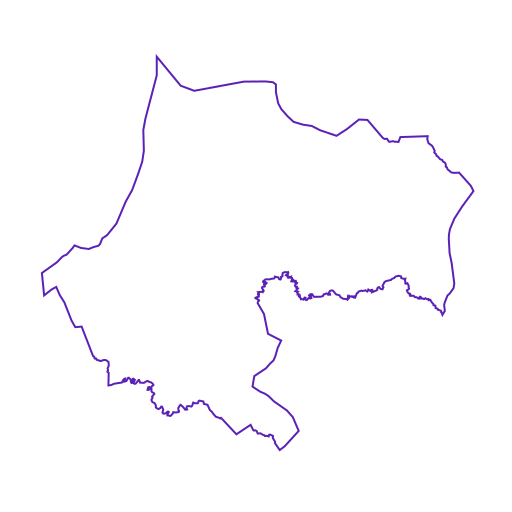 the district of Bunza, Kebbi, Nigeria, rotated 94°
{"feature_id": "59680162B46976557303871", "entity_name": "Bunza", "entity_type": "district", "adm_level": 2, "iso_a3": "NGA", "parent_name": "Nigeria", "parent_adm1": "Kebbi", "projection": "orthographic", "projection_center": [4.015, 12.213], "detail": "fine", "context": "isolated", "style": "outline", "palette": "violet", "viewbox_px": 512, "rotation_deg": 94, "n_neighbors": 0, "source": "geoboundaries", "source_scale": "gbopen_adm2", "svg_char_len": 6071}
<svg xmlns="http://www.w3.org/2000/svg" viewBox="0 0 512 512"><g transform="rotate(94 256 256)"><path d="M287.9,468.4L310.1,464.6L303.5,457.4L300.8,453.1L308.4,449.2L315.7,443.9L333.3,435.5L339.6,431.3L338.6,425.0L367.1,411.6L367.7,410.4L369.2,410.0L369.6,409.5L369.4,408.5L369.6,408.1L370.6,407.7L371.0,406.8L371.0,405.7L371.7,403.9L370.3,400.4L370.3,399.2L370.5,398.0L372.0,395.7L375.7,395.2L378.4,396.2L380.3,395.6L381.8,396.2L382.8,394.8L395.4,394.2L394.9,391.6L393.3,388.6L391.6,381.0L388.6,379.6L387.5,378.5L387.4,378.0L388.7,378.3L389.8,379.1L390.6,379.2L390.6,378.6L389.6,376.5L386.4,375.0L386.3,374.5L387.7,372.6L390.9,371.8L391.4,371.1L391.2,370.4L387.2,370.4L386.9,369.9L388.0,368.2L391.1,369.3L391.8,368.7L392.0,367.9L391.6,367.0L387.9,364.5L387.9,363.9L390.4,362.9L390.4,359.0L388.4,356.2L388.3,355.0L388.9,354.1L389.4,351.9L390.2,350.6L391.5,349.4L392.1,349.4L392.9,350.6L394.4,351.4L394.5,352.3L394.1,353.1L394.5,354.4L397.1,354.9L397.2,354.2L396.0,352.2L395.9,351.0L398.4,350.8L399.2,350.0L399.8,348.4L400.8,347.8L403.5,349.9L404.7,349.3L406.7,350.3L407.6,350.0L409.0,349.1L409.8,346.9L412.0,345.5L414.1,345.3L414.8,344.4L415.5,342.5L414.4,340.9L412.8,340.0L412.9,339.2L415.8,337.8L418.7,338.4L419.6,337.7L419.7,336.6L418.9,334.6L417.6,333.6L417.3,332.8L417.7,332.1L420.5,333.4L421.2,333.3L421.1,332.4L421.6,330.6L421.3,329.9L419.1,328.1L417.6,327.7L417.7,324.9L417.0,322.2L416.1,321.9L415.1,322.6L413.2,323.0L410.5,321.6L409.7,320.9L411.8,318.1L414.2,316.0L414.2,315.0L413.9,314.0L412.4,314.8L410.8,314.4L410.4,312.4L410.7,310.0L409.8,309.2L406.6,308.4L407.2,306.6L407.0,304.1L406.4,303.4L404.9,303.3L404.2,302.4L404.8,298.3L407.2,297.6L407.8,294.0L413.0,291.2L414.2,289.4L417.0,287.1L419.3,284.6L419.9,281.6L420.6,280.5L419.9,279.6L435.2,263.1L424.8,249.6L429.8,246.7L430.3,246.0L429.9,244.4L430.6,243.1L433.0,241.9L432.6,239.1L433.9,236.7L434.2,235.2L435.0,234.4L434.7,233.0L435.1,230.8L434.1,230.8L433.3,230.3L433.2,229.5L434.3,226.5L436.4,226.5L440.0,224.0L441.4,224.0L447.9,218.8L443.8,214.1L427.5,201.2L414.2,208.0L408.0,214.3L399.7,228.0L394.7,233.9L392.7,237.6L391.1,242.3L386.5,250.4L375.9,249.3L367.4,238.3L362.3,234.4L359.0,231.3L354.9,229.8L346.4,228.0L338.6,225.0L332.8,238.6L313.3,244.0L302.8,251.1L301.1,250.7L300.3,249.8L299.8,250.0L299.0,251.8L297.7,251.9L298.2,253.5L297.8,253.7L296.7,251.8L296.4,250.4L295.3,250.5L294.3,251.4L293.8,251.3L294.0,250.4L292.8,250.4L291.9,251.3L291.3,248.1L291.6,246.8L290.1,246.6L290.3,246.0L290.0,245.9L287.5,247.8L286.7,247.7L286.1,246.7L285.9,245.2L285.4,245.0L283.8,246.1L283.3,246.0L283.3,244.3L282.2,243.5L281.3,244.8L281.8,245.8L281.6,246.9L281.0,247.2L280.5,246.9L278.6,244.8L278.3,240.6L277.6,238.8L277.2,236.4L276.0,235.6L275.3,235.7L275.8,232.1L277.3,231.5L277.8,230.2L277.4,229.7L275.1,229.5L274.6,228.4L274.0,228.1L273.0,228.4L270.9,228.0L269.9,225.6L270.3,224.5L269.7,222.9L270.4,222.6L272.2,223.0L272.7,224.5L273.2,224.8L274.0,222.5L274.7,222.9L275.5,222.3L274.2,219.7L275.3,219.9L275.4,218.5L276.7,218.0L277.3,217.1L277.4,218.6L278.8,219.0L278.9,217.2L278.0,216.8L278.6,216.1L278.0,214.6L278.4,214.4L279.3,214.9L280.0,213.2L280.7,213.5L280.7,214.7L281.8,214.6L282.7,215.1L283.8,214.4L283.8,213.1L285.0,213.4L285.4,211.9L288.3,214.2L288.6,212.0L289.1,212.6L289.8,212.4L290.5,211.4L291.4,211.7L291.3,210.8L292.7,210.5L292.2,209.6L293.1,209.3L293.9,209.7L294.8,208.6L296.0,208.2L295.8,206.6L296.2,205.5L294.1,204.7L294.2,203.7L295.5,204.0L296.5,202.8L296.4,202.3L293.2,199.8L293.5,199.2L294.5,199.2L294.5,198.6L294.0,197.8L292.5,198.6L291.2,198.0L291.8,199.6L291.5,200.2L290.7,199.6L290.2,198.7L290.2,197.4L292.7,195.3L292.1,188.4L291.2,186.4L289.5,185.8L289.5,185.0L288.4,183.3L288.6,182.2L289.6,181.4L289.4,179.4L288.4,179.7L288.1,180.3L287.4,180.6L286.6,180.3L285.6,179.7L285.0,178.1L285.3,176.7L288.7,173.4L289.4,170.0L291.1,168.9L291.9,167.5L292.6,166.0L292.6,162.7L293.3,161.8L291.4,160.3L290.8,160.8L290.7,161.4L289.1,161.3L289.1,160.5L290.2,159.8L289.5,158.2L290.1,157.3L290.2,156.1L289.5,156.3L289.4,155.3L290.6,155.2L290.7,154.2L286.2,152.8L285.4,151.7L284.3,151.2L283.2,148.5L283.5,147.2L282.6,144.2L283.7,142.5L282.9,141.9L281.6,141.6L282.9,139.4L281.9,138.8L281.6,137.8L282.2,137.3L284.0,137.6L281.9,133.3L281.1,132.6L280.0,132.8L278.9,132.2L278.5,130.9L279.5,130.2L280.3,129.0L280.4,127.5L278.2,126.7L277.6,127.5L276.7,127.6L272.9,125.9L271.9,124.4L270.5,119.7L269.3,118.7L268.4,116.7L266.8,115.4L265.8,112.5L266.2,109.9L267.9,109.5L268.5,106.9L268.2,105.4L270.1,105.7L271.1,105.2L272.9,105.2L273.2,104.4L272.6,103.1L275.0,101.6L277.0,101.5L277.8,101.1L278.7,101.5L279.7,103.1L281.8,102.1L282.8,100.7L282.9,99.7L283.6,99.3L284.2,99.9L285.0,99.5L284.7,95.9L286.0,94.7L285.9,93.4L286.4,91.9L287.2,91.1L287.1,90.0L285.5,89.9L285.1,89.4L285.3,88.9L286.9,88.1L286.7,86.7L287.2,85.7L287.1,84.9L286.3,84.1L287.1,82.4L287.2,81.6L286.8,80.9L287.2,80.5L288.0,80.5L287.6,79.0L289.9,77.5L291.4,75.8L292.7,75.5L293.0,73.6L295.4,73.2L296.0,71.1L296.9,70.8L297.7,67.7L298.3,67.3L299.2,67.4L299.9,66.6L301.7,65.9L297.6,63.8L291.7,64.9L289.2,64.5L282.0,62.2L279.9,60.1L274.3,56.7L269.5,56.3L249.5,60.3L239.5,63.1L225.2,64.9L221.1,65.0L215.6,64.4L204.8,60.7L192.2,53.8L176.1,43.6L171.1,46.5L158.7,59.2L159.3,64.8L159.0,67.0L156.1,71.0L154.3,71.7L153.6,73.0L151.9,72.9L149.9,73.8L148.6,76.2L147.2,76.9L146.6,79.1L144.1,81.5L143.6,82.8L142.1,83.3L140.3,85.4L138.5,85.1L134.6,87.4L133.4,88.5L131.5,91.7L127.6,93.3L124.5,93.1L127.3,120.3L132.3,121.8L132.2,125.2L132.4,125.6L131.9,127.3L132.8,130.8L132.6,131.5L129.9,133.5L130.3,135.9L129.3,137.8L112.5,154.3L112.7,162.8L123.1,174.2L130.5,184.1L126.1,200.8L122.4,209.4L121.7,218.3L119.6,227.8L114.1,234.6L107.6,241.1L102.2,244.5L91.5,247.5L83.5,248.1L81.5,251.1L81.2,258.6L82.9,280.3L95.5,329.1L91.4,343.0L64.1,368.9L82.7,367.6L126.7,375.9L138.2,377.2L158.9,375.2L170.0,376.1L182.6,379.4L199.0,384.2L210.7,389.7L233.4,397.5L245.6,406.0L249.1,410.5L255.1,412.5L256.8,414.0L258.4,418.6L260.7,423.4L260.2,431.0L258.1,437.8L260.9,439.5L267.9,445.1L269.2,447.8L270.8,449.7L276.1,454.1L287.9,468.4Z" fill="none" stroke="#5b21b6" stroke-width="2"/></g></svg>